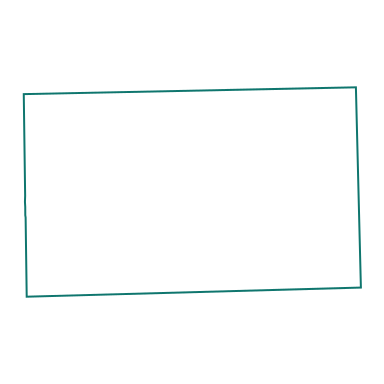 outline of Hartley, Texas, United States of America, rotated 359°
{"feature_id": "52423323B45324234898268", "entity_name": "Hartley", "entity_type": "district", "adm_level": 2, "iso_a3": "USA", "parent_name": "United States of America", "parent_adm1": "Texas", "projection": "orthographic", "projection_center": [-102.882, 35.839], "detail": "fine", "context": "isolated", "style": "outline", "palette": "teal", "viewbox_px": 384, "rotation_deg": 359, "n_neighbors": 0, "source": "geoboundaries", "source_scale": "gbopen_adm2", "svg_char_len": 286}
<svg xmlns="http://www.w3.org/2000/svg" viewBox="0 0 384 384"><g transform="rotate(359 192 192)"><path d="M25.5,91.2L25.1,193.0L24.8,198.9L25.0,204.1L24.9,212.3L25.2,214.6L25.1,239.0L24.9,293.8L359.2,290.5L357.7,90.2L25.5,91.2Z" fill="none" stroke="#0f766e" stroke-width="2"/></g></svg>